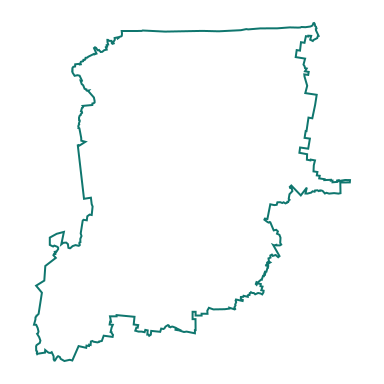 the district of Angel R. Cabada, Veracruz, Mexico
{"feature_id": "50627088B47201282051967", "entity_name": "Angel R. Cabada", "entity_type": "district", "adm_level": 2, "iso_a3": "MEX", "parent_name": "Mexico", "parent_adm1": "Veracruz", "projection": "albers", "projection_center": [-95.399, 18.593], "detail": "fine", "context": "isolated", "style": "outline", "palette": "teal", "viewbox_px": 384, "rotation_deg": 0, "n_neighbors": 0, "source": "geoboundaries", "source_scale": "gbopen_adm2", "svg_char_len": 5821}
<svg xmlns="http://www.w3.org/2000/svg" viewBox="0 0 384 384"><path d="M267.4,219.0L270.3,204.3L274.3,205.1L276.7,204.8L277.4,202.3L280.2,202.2L282.3,203.0L283.6,202.3L285.5,203.4L287.1,202.7L287.3,201.9L288.2,202.0L288.9,200.2L289.5,199.8L288.7,198.9L289.5,194.2L292.4,191.1L291.8,188.9L291.2,188.1L290.1,187.9L289.8,186.9L291.3,185.5L300.8,195.4L306.8,187.6L305.5,193.5L307.4,193.6L311.2,192.6L312.6,191.3L314.6,191.7L315.0,190.5L317.5,190.3L318.8,191.1L319.8,190.5L320.2,190.8L320.7,190.4L321.8,190.6L322.8,191.1L324.9,193.5L326.4,192.8L329.1,193.6L334.1,193.1L338.5,193.6L340.5,193.2L340.3,182.5L349.8,182.4L350.0,180.1L345.1,180.0L340.2,180.8L340.2,181.2L338.7,181.1L338.7,180.2L337.1,180.5L337.2,181.9L332.5,182.3L332.5,180.6L330.8,180.7L330.9,179.8L324.4,180.1L324.6,179.2L319.2,178.4L319.7,175.8L316.8,175.4L317.4,172.0L313.5,171.4L313.8,165.2L315.0,160.4L310.7,159.6L310.5,160.4L306.9,159.7L307.1,154.2L299.4,152.8L300.1,147.5L308.2,148.7L309.9,138.6L304.6,137.9L305.1,134.6L305.7,131.0L306.5,131.1L308.5,117.6L312.3,118.3L315.1,105.0L316.7,94.8L305.3,93.1L307.2,85.8L304.5,76.5L304.3,74.4L308.2,74.9L308.7,71.9L305.0,71.3L306.7,68.5L305.0,68.1L304.6,66.3L303.5,64.6L305.1,58.6L295.7,57.1L296.7,50.1L300.0,50.6L301.0,42.2L304.5,42.8L305.9,36.2L308.2,36.5L308.3,35.7L311.2,35.9L310.2,39.7L312.8,41.0L313.5,40.0L317.2,38.1L317.8,36.1L318.6,35.9L316.0,30.4L315.8,29.0L316.5,28.5L316.0,26.8L315.3,26.3L314.6,23.6L314.1,23.0L313.4,23.2L312.5,25.5L310.5,26.5L305.4,27.2L301.5,27.0L300.3,27.5L298.0,27.6L289.7,27.4L277.6,28.3L260.3,28.4L248.2,29.4L246.3,29.1L240.9,30.2L218.7,31.3L202.5,30.9L165.1,31.6L142.6,30.5L141.8,30.9L136.7,31.0L121.7,31.0L122.0,33.7L121.8,35.8L121.3,36.3L118.8,37.1L118.8,37.7L117.7,38.5L117.4,37.4L114.6,38.0L114.8,39.8L113.2,42.3L113.7,43.4L112.5,43.8L111.8,43.2L111.7,42.1L112.1,42.2L111.5,40.9L109.3,40.9L108.0,39.9L107.4,39.9L107.5,42.3L108.2,44.6L106.7,45.1L107.1,46.4L106.4,46.6L106.6,47.4L105.9,47.5L106.7,49.6L104.2,50.2L102.3,51.8L100.7,52.0L99.0,50.0L98.1,50.4L97.5,50.0L96.0,47.8L95.0,47.3L94.0,48.1L96.5,53.6L94.3,54.4L94.0,53.9L88.1,56.8L87.4,57.6L85.6,57.8L85.4,59.1L84.7,59.5L84.6,60.7L84.3,59.9L83.4,59.9L83.1,61.2L80.9,61.8L80.4,62.9L80.8,64.3L79.5,64.5L78.8,63.9L75.2,64.3L75.1,66.5L73.3,66.8L72.4,68.1L72.2,72.0L72.5,71.5L72.5,72.5L74.6,75.8L77.6,75.2L79.6,75.7L82.0,80.8L81.3,81.6L80.8,81.3L81.7,84.0L83.2,85.3L84.6,88.8L86.4,89.4L86.4,90.3L87.2,90.8L88.8,90.5L88.3,91.1L93.9,97.5L94.6,100.9L94.6,102.5L93.7,103.2L92.4,103.5L92.3,105.0L82.7,105.9L83.2,106.7L82.7,107.6L82.0,107.9L81.0,111.3L81.8,111.5L82.1,112.8L80.7,114.3L80.8,114.9L79.6,115.8L79.0,117.8L79.1,120.2L79.7,120.4L79.7,121.3L78.9,123.4L79.2,124.5L78.5,125.3L78.3,126.5L78.8,127.6L78.5,128.0L79.4,128.4L81.2,137.9L81.3,140.7L85.4,141.8L79.4,145.6L78.7,145.0L77.8,145.3L84.0,198.8L90.9,197.7L91.7,204.2L92.6,206.5L91.7,215.0L89.6,214.6L87.3,216.3L86.8,220.3L83.5,219.8L82.7,220.7L80.7,233.5L81.5,236.0L80.3,238.9L80.4,242.2L79.5,242.5L79.3,243.3L79.8,245.0L79.4,245.5L78.6,245.8L75.5,245.1L72.6,246.1L70.3,248.2L69.5,248.2L68.4,247.8L67.9,244.1L66.2,242.6L63.3,242.8L61.3,244.4L63.9,231.9L56.7,233.8L49.8,237.6L49.8,244.9L53.1,246.5L54.3,245.6L57.1,246.7L58.1,247.5L58.2,249.0L56.1,252.2L55.6,251.6L54.7,251.9L55.2,254.0L54.0,254.0L53.4,255.2L55.8,257.9L45.3,266.0L44.3,280.6L36.1,285.7L41.9,292.7L38.6,313.9L37.1,315.4L36.5,315.6L36.4,316.4L35.5,317.3L35.4,319.6L34.0,324.7L36.2,324.8L37.7,328.1L38.5,331.6L38.0,333.1L37.1,333.8L39.2,337.2L40.4,340.6L39.8,342.9L36.6,345.1L36.1,346.3L36.2,350.7L37.1,351.4L36.8,353.4L37.2,354.2L37.9,353.7L45.0,352.6L45.2,350.0L47.7,352.1L49.0,352.8L50.6,352.9L51.7,352.2L53.6,356.2L53.7,359.5L54.4,360.6L55.0,360.5L56.9,357.3L58.1,356.2L59.8,357.0L60.7,358.9L64.4,361.0L69.8,359.8L72.3,360.5L78.6,346.1L86.2,347.8L86.5,345.6L89.0,346.0L89.1,344.7L90.6,345.0L90.9,341.5L92.4,341.0L93.5,341.7L97.4,342.4L99.0,342.0L99.1,341.5L101.8,341.0L103.7,335.7L112.6,336.9L113.0,334.9L111.7,333.2L111.6,332.2L110.6,332.0L111.6,327.6L112.8,324.8L109.6,324.5L110.1,321.6L111.0,321.7L110.0,316.3L116.6,316.3L116.6,315.1L134.5,316.8L133.7,324.5L138.2,325.1L137.7,327.7L136.4,327.5L135.3,330.7L138.5,331.6L141.6,331.6L144.6,332.2L145.3,329.9L147.7,330.4L147.3,334.6L148.5,334.6L149.2,335.8L150.8,334.7L151.2,330.9L160.2,331.8L161.2,328.6L163.4,329.0L164.4,328.4L165.5,326.6L168.0,325.1L168.9,325.6L169.1,326.8L170.5,327.3L171.1,326.8L172.6,326.6L175.7,327.8L175.5,329.8L177.3,330.1L177.3,328.7L180.2,330.1L179.7,330.6L184.0,332.0L186.6,331.6L194.9,333.3L194.9,330.1L195.6,330.1L195.5,319.1L192.6,319.1L192.6,311.8L195.6,311.8L195.6,315.5L201.6,315.5L201.6,313.7L207.5,313.8L207.3,310.7L208.9,307.8L213.3,309.4L224.7,309.2L229.4,308.6L229.3,307.7L234.7,309.4L235.2,309.0L234.4,307.3L235.5,305.4L235.2,304.5L236.2,302.1L235.6,300.6L236.0,299.5L242.6,301.0L242.8,300.0L241.4,299.4L240.8,298.4L240.9,297.0L243.3,296.8L243.6,295.8L247.8,296.8L247.8,295.4L248.4,294.9L249.5,295.0L249.8,293.1L251.0,292.8L251.1,292.3L252.4,293.0L253.8,293.0L255.2,294.3L258.1,293.0L260.6,293.5L262.2,294.4L263.4,292.5L263.6,290.7L261.3,290.2L262.5,286.6L260.5,286.2L260.8,284.0L257.3,283.3L256.6,284.8L255.8,284.0L256.5,282.1L257.6,282.6L261.4,279.4L261.8,279.6L263.0,275.9L263.9,276.1L264.1,274.8L264.9,274.9L265.3,273.2L264.5,273.1L265.0,271.7L266.4,271.7L267.5,267.7L267.9,267.8L268.2,266.5L268.2,265.6L266.6,265.8L266.6,266.3L266.0,265.2L267.2,263.9L267.1,262.6L267.5,262.3L267.7,263.6L268.2,263.6L270.3,262.4L269.0,261.6L268.5,258.4L270.5,257.6L270.3,255.5L271.9,254.6L272.8,255.9L275.7,255.0L278.2,257.2L279.5,256.1L273.2,245.0L274.1,245.4L276.4,244.8L276.5,245.4L279.9,245.4L281.2,244.6L280.2,242.9L280.5,237.7L279.4,234.8L277.0,233.7L277.9,231.4L276.2,229.8L273.7,230.4L270.3,222.3L269.7,222.0L268.8,222.6L267.6,222.1L264.4,219.7L264.9,218.6L267.4,219.0Z" fill="none" stroke="#0f766e" stroke-width="2"/></svg>